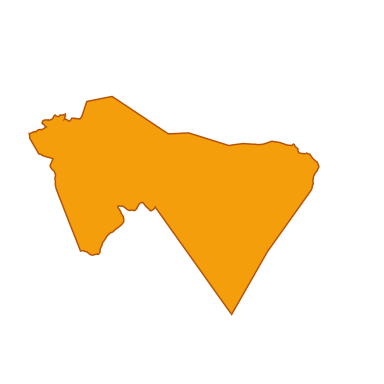 Santa María Temaxcaltepec, Oaxaca, Mexico, rotated 155°
{"feature_id": "50627088B79749806486423", "entity_name": "Santa María Temaxcaltepec", "entity_type": "district", "adm_level": 2, "iso_a3": "MEX", "parent_name": "Mexico", "parent_adm1": "Oaxaca", "projection": "mercator", "projection_center": [-97.173, 16.168], "detail": "fine", "context": "isolated", "style": "filled", "palette": "amber", "viewbox_px": 384, "rotation_deg": 155, "n_neighbors": 0, "source": "geoboundaries", "source_scale": "gbopen_adm2", "svg_char_len": 3019}
<svg xmlns="http://www.w3.org/2000/svg" viewBox="0 0 384 384"><g transform="rotate(155 192 192)"><path d="M147.0,107.1L99.8,133.9L82.7,143.6L80.6,146.1L80.1,146.9L79.2,147.7L78.6,148.2L78.2,149.6L77.7,151.1L75.1,154.9L72.6,156.8L71.6,157.4L69.0,158.8L68.2,159.9L66.9,160.5L66.1,161.9L66.0,166.2L67.0,168.0L67.4,169.1L68.2,171.2L68.6,172.7L69.3,176.6L69.9,176.8L71.5,178.7L74.2,179.1L75.3,180.1L76.2,180.4L78.5,182.3L78.6,184.6L77.8,186.3L79.4,189.9L79.2,191.5L79.6,192.1L79.8,192.6L82.0,192.0L86.0,194.4L87.5,195.9L88.5,196.9L92.2,200.3L94.7,201.9L95.8,202.6L98.3,204.3L103.0,204.7L104.8,204.9L107.9,205.4L109.8,206.1L111.1,206.6L112.8,207.4L114.8,208.7L117.1,209.8L119.2,211.0L122.6,212.9L123.7,213.5L124.9,214.2L130.3,215.9L134.1,217.2L137.3,218.0L139.4,218.8L141.4,220.8L143.5,222.7L155.7,233.8L158.6,236.5L163.1,240.6L170.0,246.9L171.4,247.5L175.5,249.2L180.5,251.2L188.9,254.7L195.9,266.1L207.2,284.7L220.7,306.9L224.0,312.3L225.0,312.6L235.9,315.3L249.1,318.5L257.9,309.2L260.7,306.3L261.5,306.3L262.9,305.5L264.7,306.9L265.6,307.4L266.4,307.4L266.9,308.3L267.7,308.7L268.7,309.1L270.0,309.7L271.1,308.7L272.7,308.0L273.9,308.4L274.0,309.1L275.3,311.0L276.0,311.5L276.6,311.7L277.0,311.7L276.5,312.0L276.1,312.7L275.9,313.5L274.6,314.1L273.9,316.2L274.2,316.1L276.6,316.4L278.0,316.9L279.0,317.5L280.1,316.8L281.0,316.8L282.5,317.7L283.0,318.3L283.6,319.7L284.7,319.4L285.9,318.4L287.2,317.5L288.1,317.2L288.9,317.1L289.6,317.2L291.1,317.3L291.5,317.3L291.8,318.3L292.8,318.4L294.3,319.2L295.2,319.6L295.9,319.6L296.6,319.3L297.3,319.4L297.5,319.3L298.9,317.7L298.3,316.7L298.0,316.1L297.2,313.4L296.6,312.5L301.7,311.9L303.2,312.9L304.3,313.2L305.6,313.3L307.0,312.9L308.1,312.5L309.4,313.4L314.4,313.4L314.8,313.8L316.3,308.7L315.5,299.8L314.7,291.1L313.8,290.5L312.9,289.9L312.4,288.7L311.5,287.7L310.0,286.2L308.6,285.0L307.2,283.9L306.0,282.8L304.0,280.8L309.6,275.8L309.7,274.1L309.3,271.9L308.2,269.3L308.2,268.3L308.4,265.4L309.0,264.1L310.4,262.5L311.6,258.7L312.1,257.8L312.7,256.6L313.3,254.5L313.7,252.3L313.9,250.3L314.1,247.2L314.5,241.8L314.8,235.9L315.4,227.4L316.3,213.1L317.3,196.1L317.9,187.1L318.0,185.7L317.0,185.3L315.4,184.9L313.9,183.2L312.6,182.3L312.2,181.3L311.4,179.8L310.6,178.2L308.7,176.7L307.7,176.6L306.0,176.3L304.3,175.7L303.0,175.1L300.9,176.3L299.1,179.3L295.5,182.4L295.0,183.4L290.2,186.3L288.2,187.6L286.9,188.3L283.2,189.5L281.8,189.3L280.5,189.3L277.3,190.4L275.5,190.8L271.8,191.5L270.5,191.9L268.7,192.6L266.8,193.6L265.8,195.2L265.3,196.3L264.6,199.0L264.9,200.2L265.1,202.4L265.0,205.3L265.2,207.1L265.8,209.2L265.1,210.5L264.1,210.1L260.6,208.3L260.0,207.2L258.7,204.7L258.1,203.5L256.6,201.7L255.0,201.4L251.8,199.4L250.6,199.7L248.8,200.4L247.5,201.9L246.5,202.3L245.0,203.4L243.4,203.9L241.9,203.6L240.8,203.0L240.4,200.8L240.1,199.4L239.6,197.7L238.4,195.0L237.9,193.0L236.9,192.2L235.1,192.4L233.1,192.8L231.7,194.0L224.4,154.3L217.8,118.6L213.1,92.7L208.8,69.7L207.8,64.3L147.1,107.3L147.0,107.1Z" fill="#f59e0b" stroke="#b45309" stroke-width="1.5"/></g></svg>